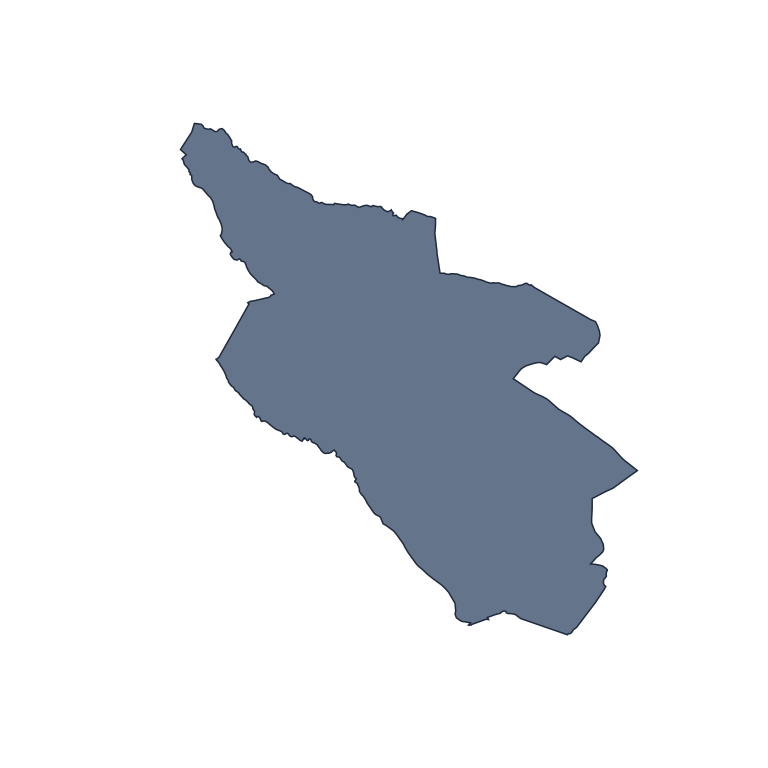 Domingo Arenas, Puebla, Mexico (Albers equal-area conic projection), rotated 29°
{"feature_id": "50627088B24684485641547", "entity_name": "Domingo Arenas", "entity_type": "district", "adm_level": 2, "iso_a3": "MEX", "parent_name": "Mexico", "parent_adm1": "Puebla", "projection": "albers", "projection_center": [-98.448, 19.131], "detail": "fine", "context": "isolated", "style": "filled", "palette": "slate", "viewbox_px": 768, "rotation_deg": 29, "n_neighbors": 0, "source": "geoboundaries", "source_scale": "gbopen_adm2", "svg_char_len": 6163}
<svg xmlns="http://www.w3.org/2000/svg" viewBox="0 0 768 768"><g transform="rotate(29 384 384)"><path d="M666.0,514.4L666.3,513.0L667.8,512.2L668.6,510.4L668.8,507.1L670.4,503.7L674.9,472.3L676.2,456.7L676.1,453.5L673.9,453.1L672.6,452.0L671.4,449.5L671.0,448.0L671.6,446.3L671.7,444.3L670.7,442.9L670.0,441.4L669.7,440.4L669.8,439.0L669.2,438.1L666.5,437.5L663.6,437.2L661.1,437.7L656.9,439.0L652.0,441.2L653.9,432.9L655.6,428.7L656.7,424.7L656.3,422.0L653.6,418.0L648.4,414.1L640.0,410.8L633.2,405.1L631.6,402.5L626.6,392.3L621.6,383.2L623.4,380.6L629.6,371.2L634.8,364.1L643.3,345.8L647.6,336.9L633.0,334.5L628.8,333.7L617.1,329.7L614.0,328.9L609.9,328.4L605.8,328.0L600.5,327.4L597.0,326.8L592.5,326.5L589.5,326.0L581.5,325.1L572.9,323.8L563.4,321.9L559.7,321.6L552.1,321.5L548.8,321.3L545.1,320.5L536.5,318.6L533.4,318.1L528.9,318.2L521.0,318.8L519.1,318.8L494.5,316.7L495.3,312.1L496.0,307.4L496.7,304.2L499.1,299.6L505.0,293.4L507.9,290.9L510.5,289.3L516.8,288.2L520.0,277.0L526.6,277.0L530.9,270.4L536.0,269.7L545.6,269.1L546.2,262.4L547.9,258.5L550.3,248.8L551.7,244.1L549.4,236.8L546.7,233.3L542.5,229.5L538.6,226.9L533.4,227.5L469.0,226.7L464.5,225.9L463.6,227.0L460.0,226.7L458.8,227.6L457.6,229.3L456.0,231.2L453.7,232.7L452.5,234.7L448.2,237.1L446.2,237.6L443.0,238.6L440.9,238.8L439.3,239.5L437.0,239.6L435.1,240.1L432.2,241.8L430.1,242.7L428.6,244.1L426.3,244.6L424.2,245.2L422.3,245.3L417.8,246.0L415.4,246.9L412.4,247.3L408.1,248.8L404.5,250.4L402.2,250.5L397.8,252.0L395.9,252.0L394.1,252.6L392.6,253.4L391.2,253.9L388.6,255.5L387.4,256.8L385.7,257.5L383.1,257.9L379.3,259.9L367.0,244.0L366.2,242.6L355.5,227.7L352.5,221.0L348.8,214.1L346.8,214.4L343.5,215.0L340.8,216.4L337.7,216.4L331.2,217.4L324.0,219.1L321.7,224.1L320.7,231.2L319.8,230.5L317.2,231.5L315.1,231.4L313.0,230.4L311.9,231.1L310.5,232.4L309.2,231.4L309.4,229.7L307.6,229.3L306.0,228.1L305.7,229.1L303.7,231.5L301.0,231.9L298.2,231.4L295.4,230.2L292.2,232.1L287.7,233.3L287.0,235.1L282.2,236.0L279.6,238.1L278.2,239.8L276.4,241.7L274.4,241.8L271.6,241.8L268.8,243.6L265.5,243.9L264.1,245.6L261.3,247.0L256.3,248.9L253.1,250.0L253.1,251.5L250.5,252.7L246.6,254.8L244.8,255.3L241.4,255.4L239.6,257.5L236.4,257.3L235.1,258.1L233.3,257.7L231.1,255.7L230.7,254.7L227.8,253.6L224.9,253.6L219.6,253.8L214.6,253.8L212.5,254.0L210.4,254.7L207.6,254.6L205.9,254.2L205.3,254.3L204.8,254.1L203.2,255.1L200.8,255.5L197.1,255.3L193.7,255.4L189.4,253.1L186.5,253.5L182.6,253.2L179.1,251.8L177.4,250.5L173.9,249.8L169.5,250.6L166.5,250.6L163.7,251.0L162.0,253.2L159.8,254.7L157.4,254.0L154.9,251.4L152.3,250.6L152.0,250.1L150.5,250.0L148.9,249.3L148.0,249.6L146.7,249.9L144.5,248.0L143.7,248.6L142.5,248.6L141.7,248.2L140.8,247.6L139.4,247.9L138.1,249.6L136.8,249.6L134.3,247.7L132.6,244.8L131.6,244.6L130.2,243.5L128.7,242.8L127.2,241.9L123.9,241.0L121.4,239.6L118.6,239.1L117.4,240.0L116.3,241.3L115.9,243.2L115.4,244.2L114.6,244.8L113.6,245.1L108.4,244.9L107.6,246.0L105.0,247.0L102.6,247.4L100.5,246.0L98.3,245.4L91.8,248.0L93.7,256.9L92.3,277.6L99.9,279.4L98.1,284.9L99.9,285.6L102.9,288.7L107.3,290.2L107.6,290.4L109.8,291.3L110.4,292.8L112.4,293.3L112.6,294.7L114.7,294.9L116.9,298.5L119.6,300.8L121.2,301.6L123.3,302.1L127.2,301.7L128.4,301.2L131.4,301.4L134.8,302.8L139.3,304.5L141.7,304.9L143.0,305.8L145.6,307.2L149.2,310.8L150.7,312.6L152.5,314.2L154.7,316.0L156.4,317.6L158.3,319.0L160.6,320.4L163.7,322.8L166.7,325.8L167.9,328.1L169.2,332.0L168.9,333.6L170.5,334.7L175.8,337.5L181.4,339.5L184.1,340.0L187.2,342.0L186.1,343.2L186.6,345.0L188.2,346.0L190.1,346.9L192.5,347.7L195.1,347.0L196.1,346.0L196.7,344.7L198.1,344.7L199.4,345.7L200.9,345.4L202.0,344.9L203.5,345.1L204.5,346.1L205.9,347.0L207.2,348.4L209.5,350.0L213.7,352.4L221.3,354.6L223.0,355.3L224.1,355.9L228.9,355.9L230.6,356.2L232.2,356.0L234.0,355.2L235.9,355.7L241.2,356.6L244.4,358.5L242.0,361.3L242.3,362.5L241.4,363.9L229.2,374.9L227.0,376.5L225.4,379.0L227.1,379.4L227.0,406.6L226.7,440.5L225.9,442.8L225.1,443.8L226.4,444.5L227.6,444.6L229.0,445.5L230.6,446.1L232.1,447.3L233.6,447.9L237.8,450.3L241.8,453.3L243.2,454.9L246.0,456.3L247.2,457.8L249.6,458.9L251.5,459.7L253.8,459.9L255.1,460.5L257.1,461.8L259.3,461.9L261.4,462.3L262.5,463.0L266.4,464.3L268.2,465.0L271.5,465.2L274.7,466.2L275.6,466.7L279.0,467.1L279.8,467.5L280.9,468.6L281.6,469.6L282.8,469.9L284.0,470.7L284.6,471.9L285.1,473.5L286.7,474.4L288.8,474.9L288.8,474.1L289.3,473.5L290.1,473.4L291.9,473.8L292.3,474.3L292.9,474.6L294.1,475.7L294.7,476.0L295.2,476.0L295.9,475.6L296.2,475.0L298.1,474.0L301.3,474.2L303.0,474.7L310.0,475.9L312.6,475.9L316.5,475.3L318.0,475.4L319.8,476.6L320.5,476.6L321.1,476.5L322.1,475.6L322.5,475.0L322.6,474.3L323.2,474.0L324.5,474.0L326.4,475.0L327.1,475.1L328.8,475.0L330.0,473.6L330.8,473.1L331.9,472.9L332.9,473.0L333.5,473.3L335.0,473.3L336.7,473.8L339.0,474.0L340.2,473.6L340.2,472.6L340.3,471.8L340.8,470.8L340.1,470.3L340.6,469.6L341.6,469.6L343.7,470.6L344.6,470.6L345.3,469.7L344.7,468.9L345.4,468.3L346.2,467.9L347.5,468.3L348.2,469.4L349.1,469.6L350.7,469.7L351.9,469.3L355.3,469.6L357.1,470.7L358.8,471.3L361.9,472.9L364.9,473.5L366.4,473.2L367.6,472.3L369.2,471.4L371.0,469.3L371.2,468.1L371.9,466.8L372.6,465.9L373.5,466.4L374.2,466.5L375.5,467.0L376.1,467.9L376.5,468.9L376.7,469.8L377.4,470.2L378.3,470.5L379.9,469.7L380.9,469.7L383.9,471.3L384.7,471.6L387.3,471.7L392.4,474.0L397.7,474.1L399.3,475.3L400.4,476.4L402.4,478.8L403.7,479.8L405.9,480.4L405.5,483.0L405.9,483.7L408.5,483.9L410.7,485.4L413.3,487.6L414.4,489.7L417.8,491.6L420.3,492.2L423.5,493.9L427.1,496.4L437.3,501.5L439.5,502.2L442.1,502.2L444.2,502.0L445.8,502.5L451.0,506.7L454.3,506.7L463.9,507.9L467.1,509.1L473.4,512.1L478.6,514.6L482.0,517.0L487.1,519.9L499.2,525.6L502.2,526.6L507.4,527.6L515.5,529.6L523.3,530.8L531.5,531.8L537.2,533.3L541.6,534.9L552.5,541.4L556.6,547.5L557.9,551.0L560.7,553.4L564.2,553.9L567.3,553.9L570.5,552.6L575.5,551.0L574.8,553.9L577.0,552.8L577.1,552.0L587.5,540.1L589.7,539.3L587.6,538.0L589.8,535.6L592.4,532.5L597.0,528.0L597.1,526.9L598.1,525.1L600.2,523.8L602.1,524.8L603.3,524.8L607.3,522.9L610.4,521.9L617.2,522.9L666.0,514.4Z" fill="#64748b" stroke="#1e293b" stroke-width="1.5"/></g></svg>